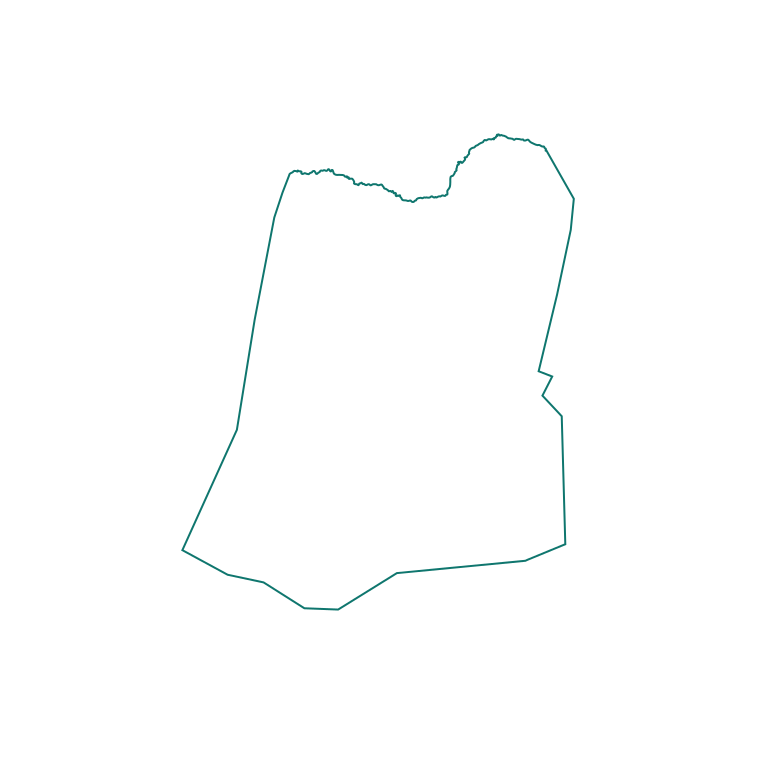 Jargalant, Orhon, Mongolia, rotated 150°
{"feature_id": "93677404B3758114221104", "entity_name": "Jargalant", "entity_type": "district", "adm_level": 2, "iso_a3": "MNG", "parent_name": "Mongolia", "parent_adm1": "Orhon", "projection": "mercator", "projection_center": [104.283, 49.034], "detail": "fine", "context": "isolated", "style": "outline", "palette": "teal", "viewbox_px": 768, "rotation_deg": 150, "n_neighbors": 0, "source": "geoboundaries", "source_scale": "gbopen_adm2", "svg_char_len": 6142}
<svg xmlns="http://www.w3.org/2000/svg" viewBox="0 0 768 768"><g transform="rotate(150 384 384)"><path d="M536.5,211.6L467.4,213.8L417.4,191.0L349.9,160.2L347.6,160.0L307.1,154.6L246.2,267.2L252.6,294.7L236.1,305.4L234.6,306.4L243.7,317.7L189.3,375.0L145.2,424.1L127.0,449.5L126.6,504.7L126.8,504.7L127.1,504.9L127.3,505.3L127.1,505.6L126.8,506.0L126.5,506.3L126.3,506.8L126.4,507.2L126.7,507.6L126.8,508.1L126.9,508.6L126.7,509.3L126.9,509.8L127.5,510.2L128.2,510.5L128.9,511.5L129.2,512.2L130.0,513.3L130.8,513.8L131.6,514.1L132.2,514.7L133.0,515.5L134.0,516.9L134.9,518.2L135.8,519.5L136.5,521.1L136.6,521.9L136.8,522.9L137.1,523.5L137.8,523.9L138.8,524.0L139.9,524.2L140.9,524.8L141.2,525.2L141.2,525.7L141.3,526.2L141.7,526.5L142.2,526.7L142.9,527.0L144.2,528.3L145.6,529.3L147.0,530.3L147.6,530.4L148.2,530.4L148.7,530.3L149.2,530.4L149.6,530.9L149.8,531.3L149.9,531.8L150.2,532.2L150.9,532.7L151.9,533.6L152.3,533.8L152.9,534.3L153.5,534.7L153.7,535.2L154.1,535.9L154.4,536.6L154.6,537.2L155.1,537.8L155.5,538.4L155.8,538.8L156.4,539.3L156.9,539.7L157.3,540.1L157.7,540.8L158.2,541.1L158.6,541.1L159.2,541.1L159.5,541.3L159.7,541.9L159.7,542.3L159.9,542.8L160.1,542.9L160.8,543.1L161.3,543.3L161.6,543.3L161.8,543.1L161.7,542.5L161.8,542.2L162.4,542.2L163.0,542.3L163.4,542.2L163.9,541.6L164.5,541.6L165.0,541.7L165.4,541.9L165.8,541.9L166.0,541.7L166.1,541.2L166.3,541.0L166.6,541.0L166.9,541.3L167.2,541.9L167.6,542.0L168.1,542.0L168.9,542.2L170.1,543.2L170.7,543.5L171.1,543.7L171.7,543.8L172.7,543.8L173.5,543.8L174.1,544.2L174.4,544.7L174.7,544.9L175.1,544.9L175.8,544.8L177.3,544.0L177.9,544.0L179.9,544.3L182.0,544.3L182.9,544.1L183.7,544.1L185.1,544.3L185.6,544.3L186.2,544.1L186.7,543.9L187.3,543.8L187.9,543.8L188.8,544.1L189.6,544.3L190.7,544.3L191.4,544.2L192.2,544.0L192.8,543.9L193.8,542.9L194.3,542.5L194.8,541.8L195.0,541.0L195.6,540.6L196.4,540.4L197.3,540.1L198.2,539.6L198.9,539.1L199.5,539.2L199.8,539.4L200.3,539.8L200.6,539.7L201.0,539.7L201.2,538.7L201.4,538.1L202.0,537.6L203.3,537.2L204.9,536.6L205.3,536.5L205.9,536.5L206.3,536.9L206.2,537.7L206.5,538.2L206.9,538.3L207.2,537.9L207.5,537.9L207.8,538.1L207.9,538.6L208.2,539.0L208.7,539.1L209.0,539.0L209.1,538.6L209.0,537.7L209.1,537.1L209.4,536.8L210.0,536.7L210.8,536.9L211.4,536.5L212.9,534.8L213.5,534.3L214.0,533.9L214.1,533.2L214.4,532.7L214.9,532.5L215.9,532.3L216.7,532.1L217.5,531.2L219.0,530.4L220.2,529.9L220.8,530.0L221.3,530.2L222.2,530.2L222.6,530.1L223.4,529.3L224.2,528.2L225.5,525.9L227.1,523.4L228.3,521.9L229.9,520.8L231.5,520.2L232.7,519.5L233.3,518.4L233.6,517.6L234.1,516.8L234.4,516.5L234.7,516.5L235.1,516.7L235.7,516.8L236.5,516.4L237.2,516.4L237.9,517.0L238.7,517.8L239.4,518.2L241.4,518.2L242.0,518.7L242.6,519.0L243.4,519.2L244.8,519.2L245.2,519.3L245.6,519.5L245.7,520.0L246.1,520.3L247.1,520.3L247.4,520.5L247.8,520.9L248.1,521.4L248.4,522.2L248.8,522.6L249.4,522.8L249.9,522.7L250.5,522.6L251.7,522.8L252.6,523.3L253.3,523.8L254.0,524.4L254.8,524.6L255.4,525.1L256.0,525.5L257.5,525.6L258.1,525.8L258.5,526.3L259.1,526.9L260.4,527.4L261.5,527.8L262.4,527.8L263.1,527.8L263.7,527.5L264.3,527.1L264.7,527.0L265.1,527.2L265.7,527.3L266.7,527.0L267.2,526.9L267.6,527.0L268.0,527.2L268.4,527.5L268.8,528.0L269.0,528.7L269.2,529.5L269.7,529.9L270.6,530.1L271.1,530.2L271.6,530.5L272.2,530.9L272.7,531.6L273.6,532.3L274.9,533.1L275.7,533.8L276.1,534.6L276.1,535.5L276.0,536.3L276.1,537.0L276.3,537.5L276.3,538.2L276.0,538.8L275.9,539.4L276.3,539.7L276.8,539.8L277.3,539.7L277.8,539.8L278.0,540.4L278.4,540.6L278.8,540.5L279.3,540.5L279.6,540.9L279.6,541.3L279.4,541.7L279.3,542.2L278.9,542.5L278.6,542.7L278.4,543.0L278.4,543.3L278.7,543.8L279.3,544.0L279.9,544.2L280.2,544.4L280.2,544.8L279.9,545.2L279.9,545.9L279.9,546.4L280.0,546.8L280.3,546.9L280.7,546.7L281.0,546.5L281.4,546.6L281.6,547.2L281.9,547.9L282.3,548.1L282.7,548.3L283.3,548.4L283.5,548.7L283.7,549.7L283.9,550.3L284.3,551.0L284.9,552.1L285.5,552.6L286.0,553.3L285.9,554.7L286.1,556.2L286.2,557.5L286.5,558.0L287.1,558.3L289.0,558.7L289.8,559.2L290.6,560.3L290.9,560.9L292.7,562.0L293.6,562.5L294.7,562.6L295.8,562.6L296.4,562.9L296.9,564.2L297.3,564.6L297.9,564.9L299.6,565.0L300.0,565.2L300.7,565.8L301.1,566.9L301.3,567.2L301.6,567.5L302.2,567.6L302.5,568.0L302.6,568.4L302.6,569.0L302.7,569.4L302.9,569.6L303.5,569.6L304.2,569.6L304.5,569.7L305.0,569.9L305.4,569.8L305.8,569.5L306.3,569.1L306.8,569.1L307.1,569.5L307.4,570.1L307.6,570.5L307.9,570.8L308.6,571.2L309.1,571.6L309.5,572.1L309.6,572.4L309.6,572.9L309.0,573.5L308.7,574.2L308.6,575.5L308.7,576.8L308.9,577.6L309.2,577.9L309.9,578.3L310.4,578.6L310.9,578.8L311.6,579.0L311.8,579.4L311.7,579.7L311.3,580.1L311.3,580.5L311.5,580.8L312.1,580.8L312.5,580.9L312.7,581.3L312.5,581.6L312.2,582.0L312.3,582.3L312.6,582.5L313.1,582.5L313.8,582.8L314.1,583.2L314.2,583.6L314.2,584.3L314.6,584.9L315.3,585.7L316.5,586.4L318.0,587.4L319.7,588.3L320.9,589.1L321.6,590.0L322.0,590.6L322.1,591.3L322.1,592.1L321.9,592.9L321.6,594.6L321.7,595.1L322.1,595.4L322.4,595.4L322.7,595.2L323.4,594.7L323.7,594.7L324.0,594.9L324.2,595.4L324.2,596.6L324.3,597.3L324.6,597.7L325.3,597.8L325.9,597.4L326.5,597.3L327.1,597.3L327.7,597.7L328.2,598.4L328.8,599.0L329.6,599.3L330.3,599.3L330.9,599.6L331.3,600.0L331.7,600.3L332.2,600.4L332.9,600.3L333.3,600.0L333.9,599.7L334.4,599.8L334.8,599.8L335.2,599.8L335.8,599.7L336.5,599.5L337.1,599.5L337.6,599.9L337.7,600.5L337.6,601.1L337.7,602.7L337.9,603.3L338.5,603.7L339.1,603.8L339.7,603.8L340.3,603.4L341.1,603.4L341.6,603.5L342.4,603.7L343.0,603.6L343.8,603.4L344.3,603.4L345.1,604.0L346.0,604.8L346.5,605.5L347.1,606.1L347.5,606.3L348.1,606.3L348.7,606.4L349.5,606.6L350.0,607.1L350.2,607.7L350.1,608.2L349.5,608.7L349.4,609.1L349.6,609.6L350.0,610.0L351.2,610.7L351.5,611.2L351.7,611.6L351.9,611.9L352.2,611.9L352.6,611.4L352.8,611.3L353.1,611.5L353.5,612.1L354.0,612.6L354.6,613.0L355.1,613.4L355.6,613.4L356.2,613.4L357.0,613.1L357.5,613.1L358.2,613.1L359.0,613.2L359.7,613.2L360.6,613.1L361.2,612.7L362.1,611.9L376.2,600.5L395.8,583.0L463.9,504.3L534.3,417.9L641.7,340.9L614.8,297.0L587.5,272.4L565.1,229.6L536.5,211.6Z" fill="none" stroke="#0f766e" stroke-width="2"/></g></svg>